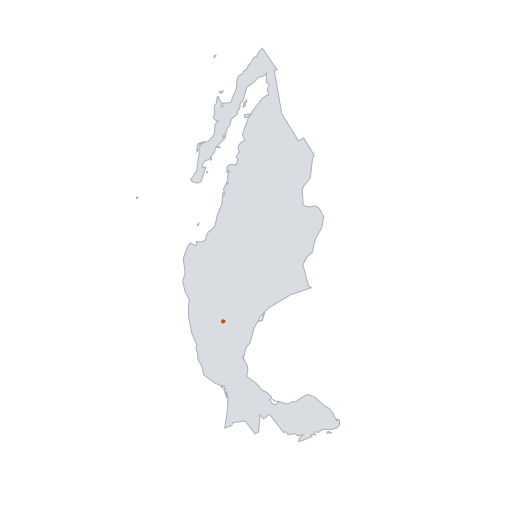 location of Milpa Alta, Distrito Federal, Mexico, rotated 55°
{"feature_id": "50627088B10740094064214", "entity_name": "Milpa Alta", "entity_type": "district", "adm_level": 2, "iso_a3": "MEX", "parent_name": "Mexico", "parent_adm1": "Distrito Federal", "projection": "orthographic", "projection_center": [-99.043, 19.138], "detail": "fine", "context": "in_parent", "style": "filled", "palette": "amber", "viewbox_px": 512, "rotation_deg": 55, "n_neighbors": 0, "source": "geoboundaries", "source_scale": "gbopen_adm2", "svg_char_len": 4391}
<svg xmlns="http://www.w3.org/2000/svg" viewBox="0 0 512 512"><g transform="rotate(55 256 256)"><path d="M89.5,131.7L115.8,131.9L114.2,134.5L154.2,153.3L186.1,155.2L186.6,149.3L206.4,150.4L209.6,154.7L223.0,166.6L225.9,176.3L228.3,180.1L241.3,188.1L245.7,185.3L249.2,178.3L253.3,176.8L262.9,178.2L270.7,186.2L276.0,197.5L285.3,207.9L285.9,214.4L290.0,222.6L310.9,230.1L313.7,228.9L307.6,249.9L305.7,275.1L306.7,280.5L312.4,287.8L311.2,291.7L311.5,287.7L306.8,281.6L308.3,287.3L314.1,299.1L323.5,310.4L325.7,317.4L332.3,324.5L330.5,324.3L334.2,326.0L333.0,325.0L339.9,325.8L344.8,328.1L349.2,332.7L360.6,328.8L369.1,328.0L374.6,325.1L380.5,324.3L381.7,325.3L381.3,326.8L386.2,327.5L389.3,325.1L388.3,321.5L386.8,322.4L387.1,321.7L395.6,315.1L396.0,310.0L398.3,306.9L398.0,298.8L399.3,292.6L405.7,288.7L417.2,286.2L422.1,283.8L427.7,283.0L437.1,284.5L437.8,283.1L435.4,283.2L438.4,282.0L442.4,284.5L443.3,288.0L441.8,293.0L436.2,300.9L436.3,305.9L433.5,309.1L434.1,310.2L436.8,309.6L434.1,312.9L434.2,314.1L436.1,313.6L433.1,326.3L432.2,327.5L430.1,324.8L429.3,320.1L426.9,325.2L424.0,325.7L420.8,332.3L416.7,332.5L416.5,334.6L393.4,335.8L393.7,343.4L388.4,343.6L401.5,354.6L401.3,358.8L384.8,359.6L379.2,370.5L380.9,373.1L379.1,380.3L366.7,368.7L356.9,360.9L350.9,357.9L350.3,358.7L355.8,361.3L347.2,359.1L347.8,357.2L345.6,358.0L344.1,356.3L342.6,358.2L345.5,359.1L341.2,359.6L337.0,362.4L323.5,367.0L314.8,363.6L307.4,362.9L302.5,359.7L297.5,358.4L294.4,355.4L282.5,352.9L267.7,346.3L258.1,340.1L254.1,335.9L244.2,334.4L234.8,330.6L229.0,323.7L216.2,316.9L209.7,307.7L207.6,302.1L212.8,299.7L212.1,297.3L209.8,296.5L213.4,292.5L213.9,287.5L211.2,285.7L208.7,280.6L209.0,276.1L207.4,272.0L200.2,264.1L194.2,254.6L184.6,246.3L187.4,247.9L187.7,246.2L182.5,244.2L178.9,237.8L181.7,238.1L174.2,233.5L173.3,231.4L170.4,232.0L170.0,231.0L172.3,228.7L168.5,230.4L166.4,228.5L166.2,224.4L169.2,220.9L170.1,221.7L168.5,217.8L166.3,215.3L163.1,215.2L161.3,210.1L157.5,208.7L155.3,206.5L154.1,202.0L155.4,199.2L148.6,197.4L138.1,182.7L137.8,179.3L136.1,178.1L130.5,160.4L130.5,155.2L131.5,153.5L125.4,150.8L124.3,147.9L122.3,146.8L119.9,148.2L112.0,142.3L113.1,145.7L111.1,152.0L112.4,157.3L112.7,167.2L120.5,176.6L122.7,182.6L124.1,182.5L124.6,184.3L125.9,184.6L126.7,188.5L129.1,189.9L129.8,197.9L134.0,202.3L135.1,206.8L137.2,208.4L138.3,213.9L140.1,215.3L139.3,211.2L141.7,213.7L143.8,226.1L146.6,229.9L149.9,238.9L149.0,242.6L149.7,245.9L152.9,249.4L154.4,246.2L163.7,258.4L162.5,262.6L158.3,265.6L156.0,265.8L152.4,256.0L137.7,242.2L136.2,242.3L133.4,238.1L133.0,235.3L134.4,229.5L133.6,223.7L131.6,219.6L124.6,214.1L123.6,209.1L122.0,211.1L118.1,211.7L115.7,208.2L109.1,204.2L108.4,201.3L103.7,196.8L103.4,195.4L108.6,196.6L111.8,195.7L111.7,197.0L114.2,198.6L113.5,195.3L112.3,195.0L115.6,188.7L107.2,175.6L99.7,169.5L98.5,166.7L99.1,162.2L97.4,160.5L97.4,155.4L95.2,152.9L95.2,149.9L92.4,144.8L92.1,142.5L93.5,141.1L91.3,139.0L89.5,131.7ZM137.6,182.8L136.4,185.8L133.8,184.6L135.4,180.0L137.0,179.6L137.6,182.8ZM126.8,181.3L123.4,177.6L122.8,174.1L124.6,175.4L124.8,177.3L126.7,178.0L126.8,181.3ZM442.1,299.5L441.0,298.5L441.4,297.1L444.0,295.7L442.1,299.5ZM133.2,242.0L130.7,238.6L132.9,232.1L132.0,238.0L133.2,242.0ZM102.2,192.2L100.2,191.6L102.1,188.2L102.7,190.9L102.2,192.2ZM69.4,177.2L68.0,174.7L68.5,173.8L69.1,173.9L69.4,177.2ZM135.6,242.3L137.1,245.0L133.7,242.2L135.6,242.3ZM197.9,285.2L197.5,286.3L196.6,285.9L196.3,284.0L197.9,285.2ZM151.2,236.7L151.7,238.7L150.0,236.1L151.2,236.7ZM145.4,222.9L146.4,223.9L144.7,225.6L145.4,222.9ZM140.9,320.6L140.2,320.9L139.1,320.0L140.1,318.9L140.9,320.6ZM384.5,324.2L382.5,324.7L386.0,323.5L384.5,324.2ZM159.9,248.7L158.9,248.4L158.9,246.5L159.9,248.7Z" fill="#d9dde1" stroke="#a8b0b8" stroke-width="1"/><path d="M291.7,319.5L291.7,319.4L291.5,319.2L291.5,319.3L291.4,319.3L291.4,319.2L291.4,319.3L291.4,319.2L291.2,319.2L291.2,319.3L290.9,319.3L290.7,319.3L290.4,319.4L290.2,319.4L290.1,319.5L289.9,319.7L289.9,319.8L289.8,320.0L289.7,320.2L289.7,320.3L289.6,320.2L289.4,320.1L289.4,320.3L289.4,320.5L289.4,320.8L289.5,320.9L289.6,321.1L289.8,321.4L290.0,321.5L290.6,321.6L290.7,321.4L290.8,321.3L291.0,321.1L291.6,321.2L291.6,321.3L291.7,321.2L291.8,321.1L291.9,320.9L291.9,320.7L291.8,320.4L291.9,320.2L291.9,319.9L291.8,319.7L291.7,319.5L291.8,319.5L291.7,319.5L291.7,319.5Z" fill="#f59e0b" stroke="#b45309" stroke-width="1.5"/></g></svg>